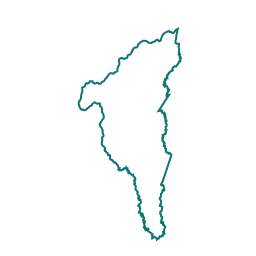 the district of Belén De Los Andaquíes, Caquetá, Colombia, rotated 9°
{"feature_id": "7082276B91002945363484", "entity_name": "Belén De Los Andaquíes", "entity_type": "district", "adm_level": 2, "iso_a3": "COL", "parent_name": "Colombia", "parent_adm1": "Caquetá", "projection": "equal_earth", "projection_center": [-75.835, 1.475], "detail": "fine", "context": "isolated", "style": "outline", "palette": "teal", "viewbox_px": 256, "rotation_deg": 9, "n_neighbors": 0, "source": "geoboundaries", "source_scale": "gbopen_adm2", "svg_char_len": 5948}
<svg xmlns="http://www.w3.org/2000/svg" viewBox="0 0 256 256"><g transform="rotate(9 128 128)"><path d="M161.7,22.3L160.0,23.6L158.6,26.3L158.0,27.1L157.2,27.2L156.0,26.5L154.2,26.6L153.3,25.8L149.5,28.1L147.6,30.7L147.1,32.6L147.0,34.0L146.5,35.2L146.7,36.2L145.8,37.2L144.9,37.4L143.2,36.1L141.9,36.9L140.9,38.4L140.1,38.6L139.3,39.4L138.6,39.4L137.8,40.3L135.1,40.6L132.8,39.3L130.6,39.2L129.6,39.3L127.2,41.1L124.9,43.9L124.8,45.7L124.2,46.8L123.2,47.4L122.2,47.3L121.4,48.1L121.0,48.8L120.8,49.9L120.1,50.4L120.0,52.0L118.9,54.5L118.4,55.2L117.1,55.7L116.4,56.4L116.2,58.8L114.2,59.7L113.5,60.5L110.8,59.7L108.8,61.0L108.3,62.9L109.2,64.5L109.5,66.6L108.8,68.3L108.4,70.6L108.6,73.2L107.8,74.3L106.3,75.0L104.9,76.8L103.4,76.4L101.7,76.8L100.3,78.6L99.9,80.2L99.1,80.8L98.8,82.1L97.8,83.3L96.9,85.5L95.0,86.8L94.0,88.5L92.4,88.9L90.7,87.9L88.2,89.4L86.3,88.6L85.6,87.4L84.7,87.8L83.0,87.7L82.6,89.2L81.3,90.4L79.9,90.3L79.5,90.6L78.8,93.7L76.4,95.3L77.2,98.9L77.1,100.3L76.7,101.2L76.7,104.8L77.0,105.5L76.2,108.5L75.5,109.3L75.4,111.2L75.5,112.0L76.7,114.1L76.8,114.7L78.4,116.7L79.7,117.3L80.8,116.7L82.5,117.3L84.3,115.8L84.7,114.9L86.0,114.0L87.2,112.0L88.2,111.9L88.6,111.5L88.8,110.2L90.6,108.1L91.3,107.9L93.6,108.9L95.8,108.1L96.4,108.2L96.9,110.6L97.3,111.1L97.7,111.0L99.1,112.4L99.4,113.9L99.8,114.4L99.6,115.6L99.8,116.5L101.4,118.0L102.4,120.7L102.5,121.8L100.5,125.7L99.4,128.6L100.1,130.5L101.9,131.8L102.2,132.7L103.6,134.8L103.5,136.7L104.1,137.3L105.1,139.5L104.9,140.3L103.9,141.2L103.7,142.2L104.2,142.8L104.6,144.1L104.3,144.9L104.6,145.9L104.5,147.7L105.3,149.1L107.5,150.4L108.5,151.5L108.4,153.8L108.8,154.4L109.8,154.6L110.9,155.7L111.7,155.9L112.6,157.9L113.6,157.5L114.5,157.9L114.7,158.3L114.6,159.5L115.1,160.6L115.3,161.8L117.3,162.0L117.9,162.5L117.9,163.0L119.1,163.3L119.4,164.2L121.0,164.5L121.1,164.2L122.5,165.3L122.7,165.9L124.0,166.8L124.5,168.1L125.3,168.9L125.9,168.9L125.4,170.2L125.6,170.6L125.3,170.8L125.8,171.0L126.2,170.3L126.9,171.1L127.5,170.6L128.4,170.8L129.4,169.5L130.0,169.5L130.3,168.6L131.1,168.7L131.7,167.6L131.8,168.1L132.3,168.2L132.5,167.7L133.0,167.8L133.3,168.6L133.6,168.4L133.7,168.9L133.9,168.5L134.3,169.5L135.2,170.0L135.1,170.5L135.4,170.9L135.0,170.9L135.1,171.6L135.6,171.4L135.7,172.0L136.2,171.9L136.2,172.5L137.1,172.3L139.4,173.9L140.3,173.4L141.0,175.1L142.2,175.5L143.3,177.3L143.3,178.2L142.6,178.0L142.3,178.6L142.5,179.9L143.7,181.2L143.5,181.8L142.9,182.0L142.8,182.4L144.7,184.1L145.0,186.2L144.8,186.9L145.5,187.9L147.6,189.5L147.8,190.2L147.4,191.2L148.2,192.5L150.0,193.7L150.0,194.3L149.2,194.5L148.9,195.5L149.8,197.3L150.3,197.3L150.8,196.5L151.8,197.1L152.2,199.4L152.1,200.4L150.2,202.8L150.4,203.6L151.4,203.5L152.1,204.0L152.3,205.4L152.8,205.9L152.7,207.8L151.9,209.1L151.9,209.9L153.7,209.8L154.2,211.8L154.6,212.3L155.0,211.8L155.0,210.6L155.6,210.3L156.1,211.1L155.6,212.1L155.6,213.2L156.4,213.5L156.9,212.7L157.9,214.3L158.1,215.0L157.4,215.7L157.2,216.7L157.7,217.1L158.8,217.1L159.4,217.7L159.4,219.0L159.1,219.0L158.5,218.2L158.1,218.3L158.0,218.9L158.9,220.0L159.3,221.4L160.1,222.3L159.9,222.9L159.1,223.5L159.8,224.3L160.6,223.5L161.1,223.7L161.2,224.4L160.6,225.2L161.5,226.4L162.5,225.9L163.2,224.5L163.6,224.2L164.1,225.0L163.6,226.2L164.2,226.9L167.2,228.1L168.3,229.1L168.9,229.1L169.0,229.8L168.5,230.6L169.4,231.7L168.9,232.8L169.1,233.3L171.3,231.2L172.8,232.3L173.7,232.4L174.0,233.7L175.8,232.1L176.2,230.1L177.5,230.3L178.3,228.8L179.3,229.0L179.5,227.0L180.6,226.7L180.2,226.0L179.2,225.9L178.8,225.2L179.0,225.0L179.7,225.2L180.0,224.9L179.6,223.7L179.7,221.9L180.3,219.7L179.4,219.3L178.9,218.3L177.6,218.2L177.7,216.4L177.2,215.3L176.6,215.3L176.1,216.6L175.7,216.7L175.4,216.1L175.3,213.3L175.9,212.5L176.0,211.6L175.6,210.6L174.6,210.3L174.1,208.2L173.4,208.0L172.9,205.9L173.1,205.3L174.0,205.0L174.2,204.5L174.2,200.9L173.6,200.2L171.8,200.1L171.7,198.3L172.5,197.8L172.6,197.3L171.7,194.3L170.4,193.1L170.3,192.3L170.9,191.4L171.2,189.6L170.9,187.9L171.8,186.6L171.8,183.8L172.3,183.5L173.3,184.2L173.6,183.8L172.0,179.1L171.2,178.9L170.0,179.5L169.6,179.1L169.5,178.5L170.7,174.9L175.1,148.2L174.9,147.4L173.5,146.4L172.9,146.5L172.6,147.0L171.8,146.9L171.6,146.6L171.9,146.0L170.0,145.9L169.1,145.5L168.8,142.6L167.9,142.5L167.2,139.9L166.5,140.1L166.7,139.5L166.0,138.6L166.0,138.0L166.6,137.7L166.6,137.2L165.7,136.2L164.8,136.0L164.8,135.4L164.0,135.0L164.3,134.6L164.0,134.0L164.1,132.4L163.7,133.0L163.3,132.6L163.9,131.8L163.4,129.7L164.2,129.8L164.8,128.3L165.9,128.2L166.2,126.7L166.0,126.1L166.1,125.5L165.8,125.8L165.5,124.1L165.2,123.9L165.5,122.5L165.0,121.2L165.7,120.1L165.6,118.2L164.4,117.0L164.3,116.1L164.7,115.5L164.4,115.5L164.4,115.0L164.0,115.3L163.6,114.2L163.5,112.9L163.7,112.3L163.0,112.0L163.4,111.6L162.9,110.5L162.5,110.7L162.1,110.3L162.5,109.4L162.2,108.7L162.6,108.4L162.1,107.9L162.1,108.4L161.5,108.6L161.4,108.0L159.1,107.5L158.9,107.0L159.3,106.6L159.0,106.0L159.1,105.6L158.8,105.4L157.8,105.4L157.4,105.8L156.7,105.6L156.6,106.0L155.5,106.4L163.5,88.6L161.7,89.0L161.6,90.4L161.4,90.7L161.1,90.5L160.9,88.6L161.1,87.5L162.5,84.8L162.5,84.0L161.7,84.4L161.6,83.2L161.0,82.9L160.9,82.1L159.6,80.3L158.5,80.1L157.9,81.4L156.3,79.7L156.6,78.8L157.4,78.8L157.8,78.2L156.4,76.8L156.5,76.4L157.3,76.2L156.9,74.1L157.8,74.2L157.7,73.4L158.2,73.1L158.2,72.1L159.0,72.4L158.4,70.0L159.2,69.5L159.4,69.0L159.0,68.8L159.6,67.9L159.7,67.0L160.7,66.5L160.8,65.6L162.2,64.6L162.8,64.6L163.3,63.8L162.6,62.5L162.9,61.3L164.3,59.7L165.8,59.9L166.3,58.5L167.0,57.7L167.1,57.0L167.8,56.2L167.9,54.4L168.4,53.9L169.1,54.1L169.2,53.5L169.2,52.4L168.6,51.5L169.2,51.1L169.2,50.4L169.0,50.1L168.6,50.4L168.6,50.0L168.3,50.0L168.2,49.5L167.4,48.8L167.9,47.5L166.7,47.4L167.2,46.2L166.4,45.7L166.3,42.3L165.2,40.1L165.6,38.5L165.2,37.8L165.2,36.8L162.4,37.1L161.8,36.8L161.5,35.9L161.3,34.3L161.6,31.9L161.2,28.2L161.6,26.3L161.4,24.3L161.7,22.3Z" fill="none" stroke="#0f766e" stroke-width="2"/></g></svg>